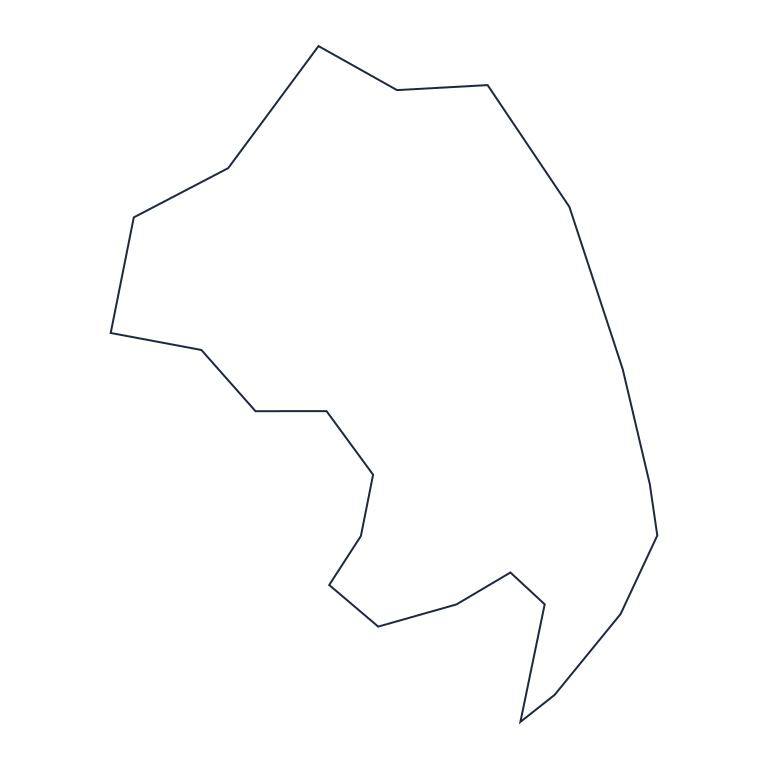 outline of Lemland
{"feature_id": "ALD-4818", "entity_name": "Lemland", "entity_type": "state/province", "adm_level": 1, "iso_a3": "ALA", "parent_name": "Aland", "parent_adm1": "", "projection": "orthographic", "projection_center": [20.133, 60.033], "detail": "fine", "context": "isolated", "style": "outline", "palette": "slate", "viewbox_px": 768, "rotation_deg": 0, "n_neighbors": 0, "source": "natural_earth", "source_scale": "10m", "svg_char_len": 412}
<svg xmlns="http://www.w3.org/2000/svg" viewBox="0 0 768 768"><path d="M133.8,217.4L228.2,168.1L318.5,46.1L397.0,90.1L487.6,85.1L569.4,206.9L622.7,369.1L649.8,484.1L657.3,535.5L620.6,614.0L554.6,694.9L520.4,721.9L544.7,604.3L510.4,572.5L456.5,604.4L378.2,626.6L329.2,585.0L360.9,536.0L373.1,474.7L326.5,411.1L255.5,411.2L201.4,350.0L110.7,333.0L133.8,217.4Z" fill="none" stroke="#1e293b" stroke-width="2"/></svg>